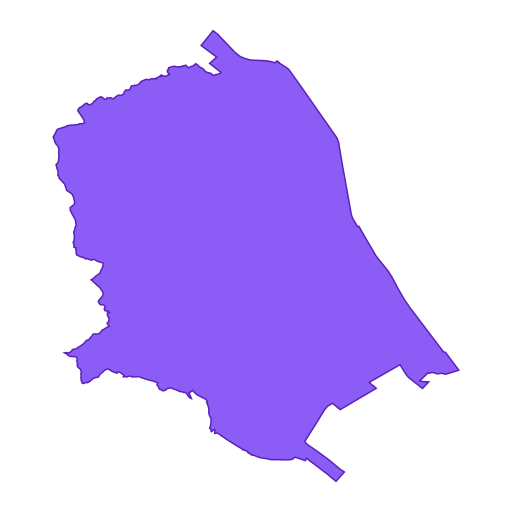 the district of Vernesti, Buzau, Romania
{"feature_id": "2599482B61232109036765", "entity_name": "Vernesti", "entity_type": "district", "adm_level": 2, "iso_a3": "ROU", "parent_name": "Romania", "parent_adm1": "Buzau", "projection": "robinson", "projection_center": [26.665, 45.216], "detail": "fine", "context": "isolated", "style": "filled", "palette": "violet", "viewbox_px": 512, "rotation_deg": 0, "n_neighbors": 0, "source": "geoboundaries", "source_scale": "gbopen_adm2", "svg_char_len": 5842}
<svg xmlns="http://www.w3.org/2000/svg" viewBox="0 0 512 512"><path d="M344.4,472.0L340.2,469.3L329.3,460.2L318.9,452.5L307.3,444.4L304.7,441.5L315.1,425.2L324.3,410.2L327.4,406.4L332.5,403.3L340.2,409.6L376.3,388.3L369.1,382.4L400.0,364.7L405.7,373.9L408.5,377.4L422.5,388.5L428.7,381.9L423.1,381.6L421.5,381.4L419.6,380.9L425.6,375.3L427.6,373.1L429.5,373.2L431.2,372.6L432.7,372.5L435.5,373.2L436.7,373.8L438.3,373.8L442.0,373.2L445.0,374.2L445.6,374.2L446.7,374.0L458.8,370.2L445.6,352.5L445.0,352.1L443.7,352.0L443.4,351.8L409.2,306.7L408.3,305.2L404.6,300.0L398.9,290.1L391.9,277.0L389.0,272.4L387.8,270.7L376.0,255.9L361.5,231.0L359.0,226.4L357.2,226.6L356.7,225.7L356.9,225.5L352.9,218.7L351.9,216.5L351.2,213.8L342.2,163.9L338.7,143.0L337.6,139.5L336.3,137.0L333.5,133.0L301.0,86.5L288.7,69.3L287.3,68.2L279.1,62.9L279.3,62.8L278.2,61.7L276.6,61.0L275.5,62.7L274.4,62.7L271.3,61.7L266.7,60.8L250.2,60.0L245.3,58.6L240.5,56.7L238.8,55.5L234.9,52.3L217.5,34.1L213.1,30.7L201.1,45.5L216.7,57.1L209.6,63.4L221.0,72.4L219.9,73.4L218.2,74.1L212.9,75.4L212.4,74.8L212.2,74.8L211.0,73.3L207.9,72.7L206.3,72.0L204.6,70.9L204.4,70.2L202.3,68.3L200.3,67.3L199.8,67.3L198.5,65.7L195.8,63.7L192.6,66.2L191.0,66.5L188.7,67.6L188.0,67.4L185.9,65.2L183.5,65.9L183.1,66.3L182.3,65.9L181.4,66.9L179.0,66.7L178.0,66.9L176.9,66.9L176.1,66.8L174.6,66.2L173.4,66.3L172.4,66.8L170.7,67.0L168.8,67.6L168.6,67.7L168.4,69.6L168.2,69.9L167.5,70.0L167.4,71.8L168.3,73.2L169.3,73.7L169.5,74.2L169.0,74.8L167.3,75.3L166.5,76.1L164.8,76.3L161.4,75.1L161.5,76.1L160.3,75.7L160.1,76.0L160.0,76.6L159.7,76.5L155.6,78.4L155.9,78.9L154.3,78.7L151.4,78.8L148.7,79.9L146.5,79.3L144.3,80.0L143.0,80.7L141.1,81.4L139.0,84.1L137.6,84.7L136.7,85.3L135.9,85.5L134.9,85.2L133.4,85.7L131.4,85.9L129.7,89.6L128.1,90.0L125.5,90.1L125.2,90.8L124.1,92.1L123.8,93.7L123.2,94.4L121.0,95.3L118.6,95.1L115.8,96.6L114.7,98.0L114.3,98.3L113.0,98.6L112.0,98.4L110.9,97.8L110.1,97.7L108.6,98.0L106.9,97.9L106.7,98.0L106.6,98.9L106.3,99.4L105.3,99.4L104.9,99.4L103.4,98.1L101.9,97.1L100.7,96.8L98.6,97.7L96.7,98.9L96.1,99.5L95.5,100.5L93.9,101.4L93.1,102.8L92.4,103.5L90.2,104.6L89.6,104.8L88.5,104.7L87.2,103.3L85.4,103.6L83.6,104.9L82.3,106.3L80.3,107.3L79.2,108.0L78.6,108.7L77.8,110.7L82.4,117.5L83.9,120.1L84.6,122.0L84.3,122.8L82.2,123.7L79.9,123.7L76.8,124.8L69.2,125.3L66.6,126.0L65.9,126.6L57.8,129.1L56.7,130.1L55.6,132.9L54.8,134.4L53.8,135.8L53.2,137.4L53.6,137.7L55.0,142.3L56.3,144.5L56.7,144.6L57.1,145.1L58.8,147.9L58.9,151.3L58.6,152.1L58.6,152.7L59.0,153.6L58.8,156.1L59.0,157.2L58.6,158.3L58.6,160.2L58.3,161.7L57.3,163.3L56.3,164.3L56.0,165.0L56.5,166.2L56.9,168.3L58.3,171.8L57.8,175.1L58.7,175.9L58.6,176.2L59.1,176.8L59.1,178.1L64.7,184.2L66.7,190.4L71.8,193.8L73.5,197.0L74.7,202.3L74.1,204.6L70.3,207.4L70.1,209.7L72.2,214.2L75.4,219.9L75.7,222.8L76.2,224.5L75.5,226.7L75.0,227.5L74.8,229.7L73.7,231.8L74.5,236.7L74.1,238.3L74.4,240.4L73.3,241.6L73.2,242.1L73.9,245.0L73.8,246.8L74.0,247.3L74.4,247.5L76.1,247.7L76.2,247.9L75.8,248.9L76.2,252.6L76.2,253.6L76.7,255.0L81.3,257.1L83.1,257.3L85.8,259.0L86.3,258.9L86.8,258.4L89.0,259.4L91.8,260.2L92.4,259.7L93.2,259.3L94.3,259.3L94.8,259.8L97.4,261.3L103.0,263.0L103.1,264.5L102.9,266.2L102.4,267.0L102.0,268.8L101.7,269.5L100.7,270.5L100.6,271.5L99.7,273.4L95.4,276.4L94.5,277.3L94.0,278.1L91.1,279.8L95.9,284.1L96.6,284.9L98.6,286.5L100.4,288.3L100.9,289.4L102.1,290.9L103.1,293.1L103.2,294.2L102.9,295.2L102.0,296.7L99.8,299.1L98.4,301.1L98.3,301.7L98.7,302.8L99.5,303.1L99.6,303.8L100.3,304.8L103.2,304.7L104.6,305.8L105.1,306.4L104.9,307.1L104.2,308.9L105.0,310.5L105.2,310.8L108.5,311.3L109.4,312.6L107.9,312.6L107.5,312.9L107.4,313.5L107.4,315.0L107.7,316.0L109.2,318.8L109.1,319.6L108.6,320.7L108.7,321.4L108.4,322.1L107.2,322.9L107.2,323.8L109.4,326.2L107.3,327.1L103.1,329.7L102.2,330.0L101.0,331.7L98.4,334.1L95.5,333.9L93.1,334.1L92.1,335.8L90.7,337.3L89.3,339.1L88.7,339.6L86.1,340.6L85.3,341.9L84.2,343.1L82.8,344.3L80.2,346.2L78.2,347.2L77.2,348.2L75.9,348.9L72.4,349.5L72.2,350.1L70.3,352.3L67.5,352.8L66.5,352.6L64.6,352.9L66.3,353.8L69.4,356.2L70.1,356.4L75.2,356.7L76.1,357.0L76.9,357.9L77.1,358.9L76.8,361.3L76.9,361.8L77.5,362.9L77.6,364.1L77.2,364.5L77.5,366.4L77.6,366.8L78.5,367.7L80.2,369.0L81.4,372.0L80.8,373.9L81.3,376.2L80.8,377.5L81.5,380.7L81.3,380.7L82.4,383.3L83.0,383.5L84.1,383.2L86.8,382.4L87.7,382.7L90.5,380.9L92.4,378.9L96.0,377.4L97.8,377.3L98.2,377.1L99.0,376.2L99.9,374.4L100.3,374.0L101.6,373.1L105.3,369.7L107.4,369.2L108.7,369.2L111.6,371.1L114.6,372.5L116.1,372.7L116.9,373.2L117.3,373.0L117.6,372.2L118.0,371.8L119.9,372.3L123.2,374.6L123.9,375.4L123.3,376.8L125.3,376.6L126.9,377.0L128.8,376.2L130.7,376.2L131.6,376.7L133.1,377.1L134.6,376.6L136.0,376.9L138.8,376.6L141.4,377.7L147.5,379.6L154.6,381.5L157.7,383.0L157.0,385.1L157.5,385.5L158.6,387.2L159.2,389.0L160.6,389.7L161.5,389.7L162.4,390.7L162.9,390.9L165.9,390.1L166.5,388.9L170.4,387.8L177.0,390.2L180.1,391.7L180.8,391.5L181.9,391.7L183.3,392.3L185.5,392.5L187.1,394.4L189.0,397.1L190.2,398.0L191.4,398.5L189.0,392.8L190.9,391.7L192.4,390.3L193.7,391.7L197.0,394.8L205.2,399.0L206.7,400.2L207.5,401.6L206.6,402.2L207.4,404.0L208.4,406.8L208.9,409.6L208.8,412.8L209.0,414.1L209.9,416.5L210.7,417.8L211.0,418.8L211.0,423.3L210.2,426.7L209.6,428.3L211.1,429.1L211.0,430.9L211.1,431.3L211.5,431.7L214.4,429.5L215.0,429.7L215.1,430.5L214.6,433.3L215.7,433.4L217.0,432.9L219.2,434.1L221.9,436.2L227.9,440.2L236.9,445.9L242.9,449.4L242.7,449.8L243.0,449.9L244.4,450.1L247.9,451.6L247.7,452.5L249.1,453.5L250.3,453.6L250.6,453.8L251.0,454.7L251.5,455.0L254.4,455.4L255.7,456.1L260.2,457.7L267.8,458.9L271.7,459.8L273.0,459.6L288.5,459.9L290.1,459.7L291.8,459.4L293.0,458.9L295.0,457.2L305.4,460.6L306.4,458.2L327.1,473.9L332.3,478.3L336.0,481.3L344.4,472.0Z" fill="#8b5cf6" stroke="#5b21b6" stroke-width="1.5"/></svg>